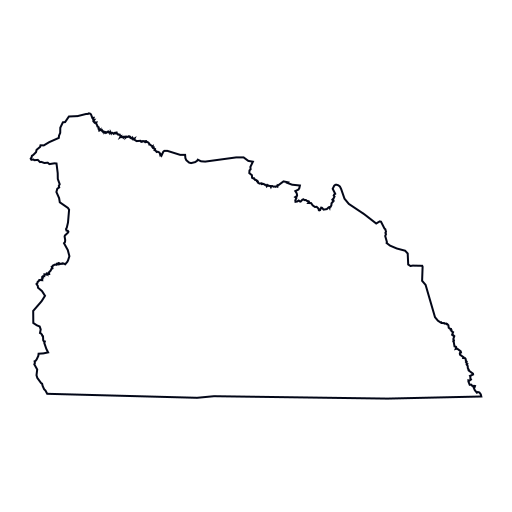 Kabambare, Maniema, Democratic Republic of the Congo
{"feature_id": "63176286B85957320837216", "entity_name": "Kabambare", "entity_type": "district", "adm_level": 2, "iso_a3": "COD", "parent_name": "Democratic Republic of the Congo", "parent_adm1": "Maniema", "projection": "orthographic", "projection_center": [27.672, -4.419], "detail": "fine", "context": "isolated", "style": "outline", "palette": "ink", "viewbox_px": 512, "rotation_deg": 0, "n_neighbors": 0, "source": "geoboundaries", "source_scale": "gbopen_adm2", "svg_char_len": 5961}
<svg xmlns="http://www.w3.org/2000/svg" viewBox="0 0 512 512"><path d="M252.9,161.7L248.3,160.9L243.6,157.4L236.2,157.4L205.2,161.6L201.0,161.3L197.8,159.7L197.2,160.7L195.2,162.1L191.1,163.1L189.1,162.6L186.3,160.2L185.4,158.2L185.1,154.9L180.3,154.9L167.5,150.9L164.3,150.9L163.3,151.7L161.5,155.6L160.8,154.5L160.3,155.1L160.1,154.4L160.4,154.1L159.3,152.5L157.7,151.7L156.7,152.0L155.4,150.4L154.6,150.2L155.0,149.0L153.2,148.1L153.6,147.3L152.4,147.0L152.6,146.1L152.2,146.3L149.9,144.5L149.3,144.5L149.1,143.4L148.1,142.4L147.0,141.9L145.9,142.1L146.0,141.1L145.0,141.1L144.3,141.7L143.5,141.1L142.2,141.1L141.8,141.9L141.0,141.7L140.4,140.8L136.6,141.1L134.7,139.9L134.2,139.3L134.5,138.6L133.7,139.1L133.7,138.5L132.7,138.5L132.5,138.0L132.1,138.7L131.2,137.8L130.8,138.1L130.4,137.9L130.1,136.7L129.4,136.4L129.2,136.8L128.5,136.4L127.8,137.0L126.8,136.7L126.3,137.1L126.5,136.6L125.9,136.5L125.1,137.0L124.6,136.8L123.6,137.6L123.5,137.2L123.2,137.5L122.7,136.9L121.8,136.6L121.1,136.8L121.2,137.1L120.8,137.1L120.9,136.7L120.3,137.1L120.9,135.9L120.2,135.6L119.7,134.6L118.2,134.7L117.7,133.9L116.9,133.7L116.6,132.5L116.1,132.6L116.5,132.9L116.2,133.4L114.5,133.5L114.2,133.2L113.6,133.8L112.4,132.8L111.1,133.1L110.8,132.6L110.8,133.1L110.4,132.7L110.1,133.0L110.0,132.2L109.5,132.5L108.6,131.7L108.3,132.2L107.7,131.7L107.0,132.1L107.0,131.6L106.7,132.4L106.0,132.2L106.0,132.6L105.2,132.4L105.1,132.7L104.4,132.2L104.6,131.9L104.2,132.4L104.1,131.9L103.4,132.1L103.2,131.4L102.8,131.4L102.3,130.6L102.1,131.0L101.2,130.0L100.1,130.2L100.2,129.8L99.8,130.1L99.8,129.8L99.2,130.2L99.0,129.0L98.5,128.7L98.8,127.9L98.6,127.2L97.4,126.5L97.3,125.6L96.1,123.5L96.4,122.5L95.7,122.7L95.1,122.3L94.6,122.7L93.4,121.3L93.9,120.5L92.9,120.9L93.4,120.4L93.2,119.6L94.1,119.8L93.2,119.1L93.6,117.8L92.3,117.9L91.0,114.4L89.8,113.5L88.6,113.4L88.1,113.9L86.0,114.0L77.6,116.1L68.9,116.5L65.1,122.1L62.9,122.3L60.3,127.7L60.2,132.9L59.0,135.7L58.8,137.9L49.3,142.1L43.8,145.4L40.5,145.3L40.1,146.9L36.6,149.8L36.0,152.2L33.2,155.0L31.9,155.8L31.6,157.3L30.7,158.7L31.4,159.8L33.4,159.5L34.3,160.2L37.8,159.9L40.0,162.1L41.3,161.9L44.4,163.0L47.7,162.7L49.4,164.1L54.5,163.3L56.5,163.5L57.7,173.1L57.8,179.0L59.7,184.2L58.8,185.9L59.2,187.4L57.3,188.7L56.4,192.0L59.1,198.1L59.8,202.3L67.9,207.9L69.1,209.7L68.0,222.5L66.8,227.6L66.0,229.1L66.5,230.6L67.8,230.8L68.4,231.8L67.8,232.8L64.9,235.5L64.6,236.5L65.2,240.1L65.0,242.0L64.0,243.2L67.8,250.1L69.4,256.2L68.1,260.2L67.4,261.7L65.2,264.3L63.9,263.6L62.3,263.8L62.3,263.4L59.5,264.2L59.4,263.3L58.7,263.0L58.2,263.3L58.1,264.0L57.5,263.6L56.8,263.7L56.6,264.8L54.9,264.6L52.7,265.7L52.5,266.7L51.8,266.9L52.4,268.4L51.5,268.8L50.6,270.7L49.5,271.7L49.0,273.0L49.2,274.0L48.3,274.1L48.6,273.4L48.3,273.1L48.0,273.6L47.1,273.6L47.2,274.2L46.6,273.7L46.3,274.6L44.4,274.3L44.3,276.2L43.0,276.2L42.4,276.7L42.8,277.6L42.2,277.7L42.3,279.1L41.8,279.3L42.1,280.2L39.3,280.0L39.1,280.7L37.7,281.8L37.5,282.9L36.5,284.0L37.8,285.9L38.0,287.7L42.0,291.1L45.0,295.8L41.6,301.2L33.2,310.9L33.3,323.0L36.8,325.3L39.7,326.5L40.7,329.4L40.0,333.0L41.1,333.6L42.0,334.7L42.2,335.7L43.0,336.2L43.2,340.2L43.8,341.3L44.8,341.5L44.3,343.0L46.3,348.8L48.1,352.4L43.4,353.4L38.6,353.7L38.3,355.9L36.6,359.5L35.5,360.9L34.6,361.3L34.9,363.1L34.3,364.3L37.2,369.5L36.5,375.2L37.3,377.9L41.1,383.1L42.1,383.7L42.6,385.8L44.1,389.2L45.5,390.6L47.2,393.8L197.1,397.8L214.0,396.2L387.5,398.6L481.3,396.5L480.8,394.4L479.4,392.5L477.8,392.0L476.9,392.7L474.8,390.2L473.7,387.6L474.6,387.2L475.0,386.0L474.0,385.8L473.3,386.3L472.1,385.8L471.4,384.7L469.7,384.8L468.4,381.5L468.4,380.7L468.9,381.0L469.1,380.4L469.6,380.5L471.0,379.5L470.3,378.2L470.4,376.7L470.0,375.9L473.1,374.5L473.0,373.7L468.7,370.5L468.5,370.0L468.8,369.8L467.8,368.0L467.7,366.0L466.7,364.6L467.2,364.0L466.7,363.8L466.7,363.0L466.0,362.1L466.6,361.5L465.8,360.5L465.7,359.1L465.1,358.2L463.2,358.0L463.5,357.2L460.0,354.7L459.8,353.3L460.1,352.7L461.0,352.5L460.7,351.3L457.8,349.1L456.4,348.7L455.7,348.9L456.3,347.4L456.0,346.8L454.5,346.4L453.8,342.3L453.3,341.3L453.8,341.1L454.0,340.4L453.3,339.1L454.3,336.1L453.3,335.2L453.0,335.5L452.1,334.8L453.1,332.2L451.6,331.3L451.5,330.1L450.8,329.9L450.9,328.9L449.7,328.6L448.7,327.7L448.4,325.3L447.3,324.1L446.7,324.2L446.4,323.6L444.5,323.6L444.2,323.1L441.5,323.0L441.2,322.3L440.5,322.4L437.9,320.7L435.0,317.2L425.6,284.9L422.1,280.8L422.6,266.8L422.2,265.8L412.7,265.6L410.5,266.0L408.2,264.5L407.7,253.5L405.1,250.7L396.8,248.5L390.0,245.6L386.6,243.0L386.9,242.0L385.2,236.0L386.0,234.1L385.4,232.9L386.0,231.8L385.3,229.2L384.5,228.6L381.0,221.7L379.7,221.4L376.2,223.5L364.2,214.2L348.8,203.9L344.5,198.7L341.1,188.9L339.9,186.5L338.3,185.3L336.4,184.7L335.4,184.8L334.2,185.7L332.7,188.8L335.2,193.8L334.2,194.5L333.7,195.6L334.5,196.5L333.7,198.2L332.6,199.4L333.2,199.7L333.5,200.5L332.7,200.5L332.9,201.8L331.5,203.3L331.4,205.2L330.6,206.8L329.7,207.1L329.6,207.7L329.3,207.1L328.7,207.3L326.8,209.1L323.6,209.6L322.0,207.8L321.2,207.6L320.1,210.1L319.2,210.4L318.8,210.1L318.5,208.6L316.6,206.8L315.0,207.0L312.7,205.4L311.1,203.1L308.2,203.0L309.0,201.8L308.7,201.3L306.9,200.9L305.8,200.0L304.4,200.1L303.4,199.3L302.4,199.7L300.6,201.6L300.1,201.6L298.7,200.5L297.2,201.5L295.5,201.8L295.3,200.3L296.4,198.0L295.2,197.1L297.0,195.9L297.1,195.2L296.7,193.3L295.3,191.1L298.4,189.6L299.3,188.2L299.9,185.5L292.1,184.7L287.3,182.9L287.9,182.3L283.5,181.4L278.0,185.5L277.6,185.3L277.4,186.7L276.3,186.3L275.6,186.8L274.9,186.5L273.6,186.7L272.2,186.0L271.3,186.1L270.9,187.0L270.4,186.0L268.8,185.9L268.5,185.5L267.6,185.8L267.4,185.4L266.7,186.3L265.9,184.8L264.7,184.8L263.7,183.9L261.8,184.1L261.6,183.3L259.5,183.6L257.9,182.6L257.9,181.7L256.9,181.3L256.9,180.6L256.2,180.1L255.0,179.9L254.8,179.5L255.1,179.5L253.9,178.8L253.8,178.2L253.1,178.3L252.1,177.8L251.9,175.2L249.3,173.1L249.5,170.4L250.6,169.3L250.4,166.9L252.9,161.7Z" fill="none" stroke="#020617" stroke-width="2"/></svg>